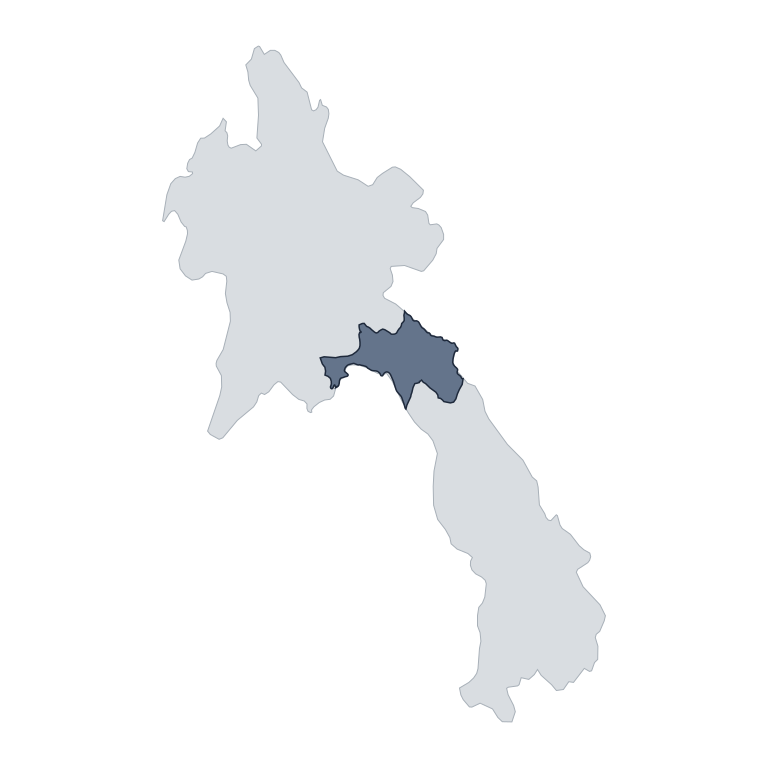 Laos, with Bolikhamxai highlighted
{"feature_id": "LAO-3292", "entity_name": "Bolikhamxai", "entity_type": "Province", "adm_level": 1, "iso_a3": "LAO", "parent_name": "Laos", "parent_adm1": "", "projection": "equal_earth", "projection_center": [104.026, 18.483], "detail": "fine", "context": "in_parent", "style": "filled", "palette": "slate", "viewbox_px": 768, "rotation_deg": 0, "n_neighbors": 0, "source": "natural_earth", "source_scale": "10m", "svg_char_len": 6798}
<svg xmlns="http://www.w3.org/2000/svg" viewBox="0 0 768 768"><path d="M280.8,55.1L284.0,62.5L299.0,82.5L301.6,87.9L307.1,92.1L311.6,109.8L313.6,110.9L316.1,109.7L318.0,107.2L319.6,100.3L320.6,99.6L322.3,105.3L326.5,107.0L328.3,109.4L328.9,113.7L328.3,118.1L324.7,128.2L322.5,141.8L337.2,171.1L343.4,175.1L358.1,179.8L368.1,186.3L372.7,184.7L377.2,177.5L382.5,173.4L392.4,167.2L395.3,166.9L400.7,169.3L409.7,176.6L423.4,190.2L422.9,193.9L420.4,197.4L413.2,202.8L410.8,206.3L412.2,207.6L418.3,208.5L425.5,211.5L427.7,215.1L428.9,223.3L430.2,224.8L436.8,223.9L438.9,225.0L441.2,227.6L443.6,234.4L443.6,239.5L437.0,248.4L436.2,253.7L432.8,260.1L423.7,270.8L421.3,271.4L404.6,265.5L391.2,266.4L390.2,268.6L392.4,275.1L393.0,281.5L391.0,286.4L383.3,292.7L383.0,295.4L384.6,298.3L395.7,304.0L431.4,334.9L447.6,340.8L454.7,344.7L456.6,346.9L456.5,349.6L454.7,353.0L453.1,359.1L453.1,362.7L454.8,366.3L457.6,371.5L467.6,383.3L475.0,386.0L482.7,399.5L485.0,411.3L488.8,418.9L507.4,444.4L522.9,460.1L532.2,477.0L536.7,480.9L538.1,487.0L539.4,504.9L544.8,513.8L546.0,517.4L548.3,520.1L550.9,520.6L556.3,514.8L557.4,515.6L560.0,525.0L562.2,528.5L570.4,534.3L579.2,545.7L583.9,549.8L589.8,553.1L590.7,556.7L589.6,560.3L587.8,562.7L577.7,569.3L576.3,572.2L583.1,586.8L600.0,604.8L605.4,615.7L604.2,620.9L599.7,631.4L596.2,634.3L595.3,637.6L597.9,646.2L597.7,659.4L594.5,662.6L591.6,670.8L589.5,671.4L584.3,668.4L573.5,682.4L568.8,681.7L563.4,689.5L556.4,690.5L551.6,684.7L541.2,675.4L537.5,669.5L534.3,674.6L528.8,679.4L521.2,677.7L519.1,684.7L517.6,685.9L508.3,687.2L506.6,688.3L508.1,694.7L513.6,705.5L515.3,711.7L511.9,721.9L502.3,721.7L497.9,717.5L492.5,708.9L480.1,703.2L471.9,707.1L469.4,706.9L463.2,699.6L460.9,695.0L459.5,688.0L468.9,682.4L473.6,678.0L476.7,673.4L478.0,668.6L479.5,648.4L480.9,641.3L480.1,632.7L477.5,625.8L477.5,615.6L478.8,607.3L482.4,603.1L484.8,597.1L486.3,583.8L485.2,580.3L481.6,577.0L475.7,573.9L472.0,570.0L470.4,565.3L470.6,561.1L472.4,557.5L467.9,553.5L457.1,549.1L451.1,543.8L449.9,537.6L445.4,529.5L437.7,519.5L433.6,505.2L433.2,486.4L434.0,471.1L437.4,453.5L432.9,440.7L427.9,434.0L421.1,429.1L414.5,422.0L408.3,412.8L400.9,399.1L392.2,381.1L386.4,373.1L383.4,374.9L377.2,373.2L367.6,368.0L359.3,365.2L352.2,364.8L347.6,366.0L345.5,368.8L345.3,371.5L347.1,374.2L346.1,376.2L342.4,377.7L339.4,380.7L336.0,387.3L333.6,396.0L330.1,399.3L324.7,400.0L319.3,402.5L314.0,406.7L311.5,409.9L311.8,412.1L310.7,412.6L308.1,411.4L306.9,408.5L307.0,404.0L304.3,401.0L298.8,399.4L292.6,394.6L280.7,382.1L277.9,381.6L274.0,384.8L268.8,391.8L264.6,394.5L261.3,393.1L258.7,395.6L256.8,401.9L253.5,406.9L237.3,420.4L222.8,437.8L219.1,439.3L210.3,434.5L207.6,431.1L219.8,395.6L221.7,387.0L221.4,375.6L216.3,366.1L216.1,363.4L216.9,360.4L223.2,349.5L230.4,321.2L230.1,312.4L227.0,302.8L225.4,293.6L226.8,281.2L226.3,276.3L223.0,273.9L212.0,271.4L205.6,273.4L202.6,276.8L198.9,279.0L192.0,280.1L185.5,275.9L180.1,268.8L178.8,260.0L185.8,241.2L187.5,233.9L187.4,230.5L186.2,226.9L184.6,226.4L181.1,222.0L177.8,214.2L174.6,210.6L171.5,211.3L168.7,214.3L164.1,221.6L162.6,220.7L166.9,194.7L170.8,183.7L175.3,178.6L180.1,176.4L185.1,177.2L189.3,176.3L192.6,173.6L192.4,172.0L188.4,171.6L186.8,168.7L187.7,163.2L189.5,159.6L192.2,158.0L194.9,152.4L197.6,143.0L200.7,138.2L204.4,138.1L210.7,134.0L219.6,126.0L223.1,118.3L226.4,121.8L225.1,130.8L226.9,132.7L227.7,135.9L227.2,140.9L227.9,145.1L229.2,147.2L231.2,148.2L240.6,144.6L246.4,144.3L255.8,150.9L261.4,146.0L261.5,144.2L256.9,138.0L258.5,115.3L257.9,98.1L250.2,85.4L248.7,80.3L247.9,72.0L245.8,64.9L251.4,59.1L254.4,48.6L258.3,46.1L259.6,46.5L264.3,54.4L270.3,50.4L274.9,50.4L278.8,52.5L280.8,55.1Z" fill="#d9dde1" stroke="#a8b0b8" stroke-width="1"/><path d="M358.3,364.9L357.2,364.7L354.0,363.4L353.4,363.4L348.7,364.6L347.3,365.4L346.0,366.7L345.0,368.2L344.4,370.2L344.4,370.7L344.5,371.0L344.6,371.3L344.8,371.7L345.3,372.0L347.7,374.1L348.1,374.8L348.0,375.5L347.5,376.1L346.7,376.4L344.6,376.9L343.3,377.5L341.5,377.9L341.0,378.1L340.5,378.5L339.9,379.5L339.5,380.7L339.2,383.4L338.8,385.1L338.1,386.2L337.1,387.0L335.9,387.6L336.0,387.4L336.1,387.1L335.8,387.3L335.7,387.2L334.7,385.0L334.0,385.3L333.4,386.9L332.7,388.3L332.1,388.7L331.5,388.7L330.9,388.3L330.5,387.4L330.5,386.6L330.7,386.0L331.0,385.5L331.1,385.0L331.2,384.2L331.4,383.5L331.3,382.9L331.3,381.4L330.9,380.1L330.4,378.4L328.0,376.3L325.0,375.1L325.6,371.1L324.9,367.2L323.6,365.6L322.3,363.8L320.2,357.9L324.1,356.8L335.6,357.7L340.6,356.6L347.7,356.2L352.3,354.7L356.4,351.7L358.0,350.0L359.3,348.3L360.0,345.5L360.0,342.2L359.7,339.5L359.2,337.1L359.0,334.5L359.6,332.7L360.5,332.6L361.1,332.1L360.9,331.5L360.2,331.3L359.5,329.2L359.1,326.9L359.1,324.9L362.3,323.5L364.2,323.4L366.6,326.4L368.4,327.1L370.1,328.2L371.6,329.7L373.2,331.0L374.6,332.2L376.2,333.0L377.8,332.5L379.1,331.1L380.8,330.0L382.7,329.1L384.8,329.7L390.0,332.9L390.7,333.7L391.5,334.2L393.0,334.2L394.6,334.1L396.5,333.1L397.8,330.7L399.1,328.8L400.5,327.4L401.3,325.6L401.7,323.5L403.0,322.2L404.2,320.6L404.2,318.0L403.9,315.2L404.5,312.7L404.6,311.2L405.4,312.1L406.2,313.1L407.1,314.0L408.2,314.7L409.2,315.1L410.2,315.7L411.2,316.8L412.8,320.0L413.6,320.7L414.6,321.0L416.4,320.8L417.5,321.2L418.5,321.9L419.2,322.9L421.3,326.8L421.9,327.6L423.9,328.9L424.8,329.8L426.4,331.8L427.2,332.6L427.8,332.8L429.0,332.9L429.5,333.2L429.9,333.6L430.5,335.0L431.0,335.5L431.7,335.8L434.1,336.2L436.3,337.1L437.2,337.2L440.5,336.9L442.1,337.5L442.7,339.4L443.3,340.2L444.3,340.6L445.5,340.5L446.4,340.2L447.4,340.4L450.4,342.6L451.8,343.3L452.5,343.2L453.2,343.0L453.9,342.9L454.6,343.2L456.3,346.7L457.5,347.8L457.9,348.5L457.9,349.5L457.5,351.0L456.9,351.2L456.2,350.9L455.5,351.0L454.7,352.4L453.9,354.8L453.0,359.1L452.7,362.4L453.4,364.6L454.7,366.3L456.6,368.0L457.6,369.3L457.6,370.3L457.2,371.3L457.2,373.0L457.8,374.0L460.7,376.3L461.0,376.9L461.5,378.1L461.9,378.5L462.5,378.8L463.1,378.7L462.2,384.4L459.4,389.4L457.4,393.9L455.9,398.9L453.6,402.1L450.4,402.9L443.9,401.6L442.5,400.0L440.5,398.4L438.2,397.9L437.8,395.0L435.9,392.2L430.1,388.0L425.5,383.5L423.3,382.3L421.6,380.1L420.4,381.1L419.9,381.3L419.4,381.5L419.4,382.5L417.1,383.2L414.8,383.6L413.0,387.6L411.9,392.4L411.1,394.6L410.7,396.8L406.9,405.1L405.9,409.1L405.7,408.9L405.2,408.2L404.9,407.3L404.3,404.9L401.7,397.5L401.3,396.7L401.0,396.2L397.3,391.9L396.5,390.7L395.9,389.2L393.4,381.2L390.5,374.6L389.4,373.1L387.9,372.1L386.5,371.9L385.2,372.4L384.1,373.3L383.1,374.8L382.9,375.2L382.7,375.6L382.4,375.8L382.0,375.9L381.0,375.6L380.5,374.8L380.1,373.8L379.5,372.9L378.6,372.2L377.7,371.5L376.7,371.1L375.7,370.9L372.3,370.6L371.5,370.4L368.2,368.4L367.6,368.0L367.1,367.4L366.3,366.6L362.9,365.5L361.4,365.3L359.9,364.8L359.4,364.7L358.6,364.9L358.3,364.9Z" fill="#64748b" stroke="#1e293b" stroke-width="1.5"/></svg>